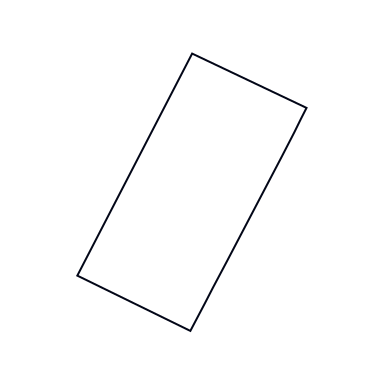 Salliqueló, Buenos Aires, Argentina (orthographic projection), rotated 252°
{"feature_id": "61730980B3490354735950", "entity_name": "Salliqueló", "entity_type": "district", "adm_level": 2, "iso_a3": "ARG", "parent_name": "Argentina", "parent_adm1": "Buenos Aires", "projection": "orthographic", "projection_center": [-63.063, -36.671], "detail": "fine", "context": "isolated", "style": "outline", "palette": "ink", "viewbox_px": 384, "rotation_deg": 252, "n_neighbors": 0, "source": "geoboundaries", "source_scale": "gbopen_adm2", "svg_char_len": 294}
<svg xmlns="http://www.w3.org/2000/svg" viewBox="0 0 384 384"><g transform="rotate(252 192 192)"><path d="M323.6,234.9L147.9,57.1L60.4,147.5L82.2,169.9L94.5,182.3L115.0,203.5L197.6,288.0L217.3,307.9L227.9,318.2L236.6,326.9L323.6,234.9Z" fill="none" stroke="#020617" stroke-width="2"/></g></svg>